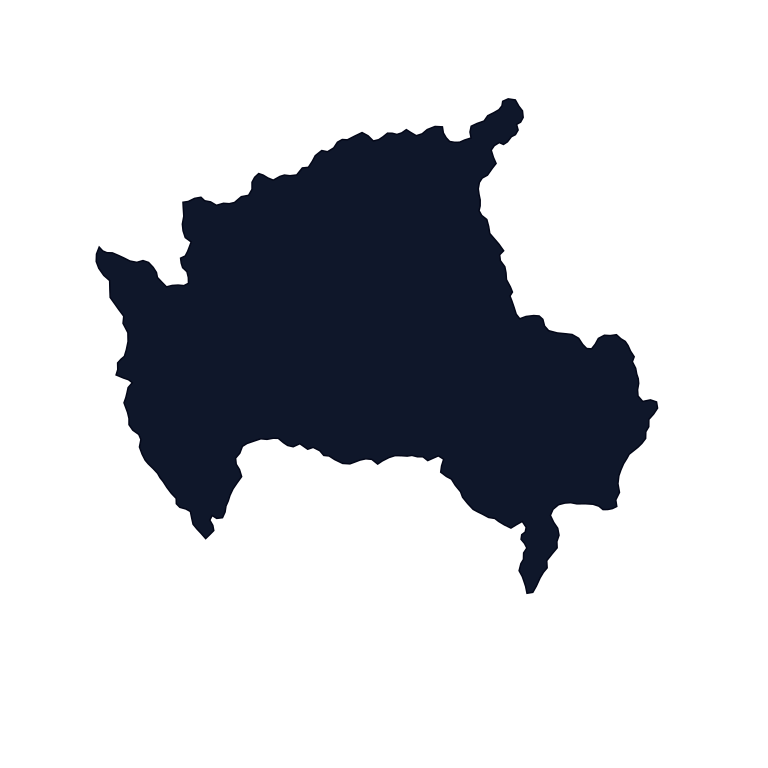 the district of Resende Costa, Minas Gerais, Brazil, rotated 333°
{"feature_id": "56859067B27120109396475", "entity_name": "Resende Costa", "entity_type": "district", "adm_level": 2, "iso_a3": "BRA", "parent_name": "Brazil", "parent_adm1": "Minas Gerais", "projection": "orthographic", "projection_center": [-44.289, -20.864], "detail": "fine", "context": "isolated", "style": "filled", "palette": "ink", "viewbox_px": 768, "rotation_deg": 333, "n_neighbors": 0, "source": "geoboundaries", "source_scale": "gbopen_adm2", "svg_char_len": 4467}
<svg xmlns="http://www.w3.org/2000/svg" viewBox="0 0 768 768"><g transform="rotate(333 384 384)"><path d="M616.8,529.7L618.7,523.7L614.2,519.1L606.6,517.0L604.9,510.0L607.3,504.3L611.2,499.1L613.0,494.6L613.7,489.9L615.4,484.2L615.4,476.9L619.3,473.3L618.6,466.7L618.9,460.5L618.3,455.6L615.6,451.2L613.5,445.6L607.6,443.6L602.5,440.6L595.7,440.7L590.3,444.4L584.9,446.9L580.7,444.4L579.0,438.9L578.2,431.6L574.1,425.3L568.2,421.4L561.6,417.2L554.9,411.2L553.4,405.2L554.9,398.5L553.1,393.8L548.5,391.0L541.2,388.3L534.6,387.5L533.5,381.8L534.7,374.8L535.7,367.7L536.2,362.8L540.2,360.4L540.7,354.8L540.5,346.6L543.2,340.3L544.9,334.4L543.7,326.9L545.7,321.4L551.1,319.6L549.9,311.5L548.2,304.5L546.6,297.9L548.8,291.1L550.3,284.1L547.6,278.2L547.4,272.7L550.5,269.0L553.3,263.6L554.7,258.4L556.6,252.9L560.5,247.7L565.0,245.1L571.0,244.9L578.6,240.9L584.0,238.4L584.4,231.8L585.7,224.3L590.5,221.7L596.3,221.2L599.2,224.8L603.9,224.3L609.8,221.5L614.3,221.5L618.8,218.6L620.0,212.9L624.6,212.7L629.0,209.7L631.4,203.5L630.3,197.8L630.0,190.5L624.1,186.3L618.1,186.0L615.4,189.7L610.9,191.8L604.9,192.1L598.3,192.0L592.5,195.1L585.2,194.1L578.7,193.9L575.0,198.5L573.3,204.3L566.6,203.2L561.1,202.9L556.5,200.6L552.6,197.7L551.2,192.8L550.9,187.2L552.8,181.4L546.4,177.7L538.0,176.9L531.6,178.4L525.5,177.4L522.1,172.1L519.4,167.5L513.8,168.3L508.8,167.5L505.3,164.4L501.0,162.1L495.3,163.3L490.2,163.9L484.8,162.6L482.5,155.6L478.6,150.0L470.7,149.8L462.2,149.8L457.8,147.2L452.3,147.4L446.4,150.8L439.1,151.4L434.5,147.7L426.5,149.3L421.1,153.1L415.0,156.6L409.3,154.4L401.1,158.1L394.7,155.7L390.1,152.6L385.5,151.8L377.9,152.1L374.1,147.7L371.2,143.0L367.9,139.6L362.6,141.1L358.0,144.3L354.8,150.6L349.0,154.4L341.9,152.3L333.2,154.4L328.0,153.1L323.0,150.1L315.8,148.7L312.2,143.0L307.4,139.3L305.7,134.5L299.5,132.6L292.5,132.5L287.4,130.8L285.2,135.7L281.8,143.6L276.9,150.0L274.5,156.3L273.4,163.3L276.7,169.9L273.1,173.2L269.2,176.7L265.0,179.7L259.9,179.5L258.2,184.2L257.4,188.9L259.4,194.5L258.0,200.3L255.5,205.5L250.4,205.5L245.5,202.4L240.0,200.0L234.3,198.7L232.2,192.0L230.5,186.2L231.9,181.3L231.3,175.3L229.4,168.8L225.3,164.6L219.0,163.4L213.4,159.0L209.4,153.5L205.6,148.7L201.6,143.9L196.7,141.2L193.8,137.7L192.4,132.7L186.8,137.7L183.2,144.2L182.4,151.5L183.6,160.0L186.5,167.3L182.4,175.9L179.3,182.6L180.3,189.2L181.5,197.4L182.9,205.4L179.0,211.5L179.1,222.0L175.2,230.0L169.9,236.6L165.2,241.5L160.9,242.5L156.2,244.3L153.3,250.3L149.4,254.3L154.5,260.3L158.3,264.2L160.3,268.6L154.4,271.0L151.0,275.2L147.7,279.0L143.8,282.7L142.6,292.9L141.1,299.0L138.3,304.5L139.2,311.1L142.6,317.6L142.2,323.1L137.5,329.1L136.6,336.8L136.6,343.4L137.7,348.1L140.0,354.8L141.7,360.8L141.9,365.8L142.9,370.7L143.6,377.7L144.9,385.0L146.9,391.6L144.6,396.4L146.1,401.2L150.7,405.4L153.6,409.7L151.7,416.5L150.2,422.3L151.5,428.2L153.2,434.0L154.9,440.8L161.0,438.9L165.8,437.3L167.3,432.3L167.0,426.2L171.2,423.2L173.9,427.8L179.4,429.8L184.3,425.9L187.8,421.0L192.1,417.5L196.2,413.3L201.9,408.9L208.1,405.5L215.1,401.9L216.4,394.7L215.9,388.4L218.1,382.7L224.1,380.2L229.5,375.3L234.9,374.8L242.7,375.9L249.4,376.9L254.6,380.2L260.6,382.0L265.1,384.4L267.8,390.7L270.2,395.0L274.6,398.7L281.9,399.0L286.4,407.5L292.1,408.3L296.5,414.3L297.9,420.3L302.4,423.2L305.7,428.9L311.1,436.0L317.4,439.7L323.4,440.4L328.1,440.9L333.8,442.4L338.9,445.6L342.0,452.5L347.6,451.8L355.1,451.8L361.2,452.8L366.8,455.7L372.0,458.8L376.5,460.3L380.7,464.0L385.7,466.6L388.2,472.1L394.2,472.4L399.8,472.7L403.0,478.1L398.1,483.1L394.5,488.3L397.6,494.7L400.9,499.4L401.5,506.5L403.3,514.8L402.6,520.6L404.3,528.6L406.5,536.2L409.4,540.4L412.5,544.5L416.6,550.4L421.7,554.1L423.7,558.4L427.3,564.2L431.7,570.0L438.1,569.5L444.8,569.2L445.6,576.3L442.6,580.0L438.3,580.8L435.6,584.6L436.8,589.8L436.8,595.0L431.7,597.9L428.6,603.6L424.4,606.2L419.6,611.7L419.8,618.4L419.1,623.4L418.3,628.6L416.4,635.4L422.0,637.2L427.9,633.3L435.1,627.6L440.5,624.2L445.9,621.9L448.8,615.3L456.6,611.7L463.9,608.6L466.5,602.9L471.3,598.2L473.3,591.4L472.4,584.4L472.6,576.6L477.7,572.4L484.7,570.8L491.1,572.2L496.5,574.5L501.5,578.4L508.8,582.0L515.6,586.0L520.0,590.4L522.1,595.3L526.3,597.4L530.9,598.7L535.8,598.8L537.9,592.5L544.6,587.5L547.2,579.0L551.6,572.4L556.2,568.0L561.3,563.8L566.9,560.4L570.5,557.9L575.9,556.8L581.7,555.6L586.8,554.0L592.4,551.3L595.6,545.4L600.5,542.3L603.9,535.8L610.6,533.2L616.8,529.7Z" fill="#0f172a" stroke="#020617" stroke-width="1.5"/></g></svg>